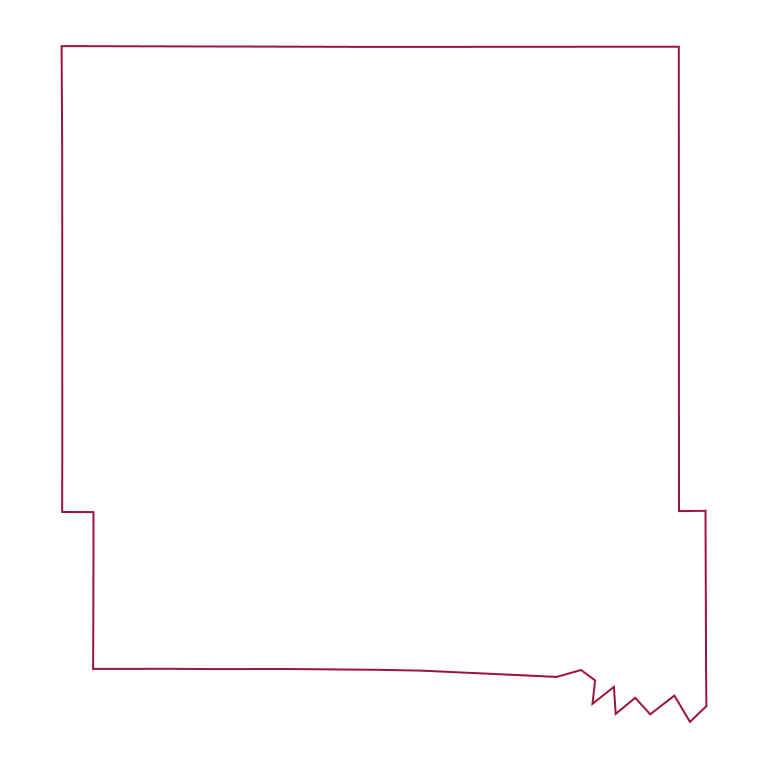 Polk, Iowa, United States of America (Albers equal-area conic projection)
{"feature_id": "52423323B92251381588523", "entity_name": "Polk", "entity_type": "district", "adm_level": 2, "iso_a3": "USA", "parent_name": "United States of America", "parent_adm1": "Iowa", "projection": "albers", "projection_center": [-93.57, 41.673], "detail": "fine", "context": "isolated", "style": "outline", "palette": "rose", "viewbox_px": 768, "rotation_deg": 0, "n_neighbors": 0, "source": "geoboundaries", "source_scale": "gbopen_adm2", "svg_char_len": 520}
<svg xmlns="http://www.w3.org/2000/svg" viewBox="0 0 768 768"><path d="M216.9,46.5L61.6,46.1L62.2,151.4L62.3,454.4L62.2,486.5L62.2,512.0L93.5,512.1L93.5,540.5L93.3,630.9L93.1,668.9L170.9,668.8L215.8,669.1L267.3,669.0L286.4,669.0L376.1,669.8L420.1,670.6L556.6,676.9L581.0,670.0L595.1,680.4L592.5,703.8L613.9,686.9L615.7,713.9L635.2,697.8L650.2,714.3L674.4,695.6L690.0,721.9L706.4,706.1L706.1,676.1L705.5,510.8L679.0,511.1L678.8,46.7L371.4,46.9L230.1,46.5L216.9,46.5Z" fill="none" stroke="#9f1239" stroke-width="2"/></svg>